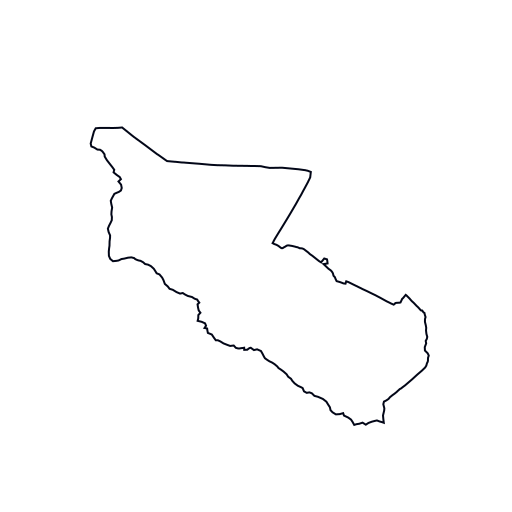 Keiyo North, Rift Valley, Kenya, rotated 119°
{"feature_id": "3690345B12433983427802", "entity_name": "Keiyo North", "entity_type": "district", "adm_level": 2, "iso_a3": "KEN", "parent_name": "Kenya", "parent_adm1": "Rift Valley", "projection": "equal_earth", "projection_center": [35.542, 0.697], "detail": "fine", "context": "isolated", "style": "outline", "palette": "ink", "viewbox_px": 512, "rotation_deg": 119, "n_neighbors": 0, "source": "geoboundaries", "source_scale": "gbopen_adm2", "svg_char_len": 5063}
<svg xmlns="http://www.w3.org/2000/svg" viewBox="0 0 512 512"><g transform="rotate(119 256 256)"><path d="M339.9,63.4L337.0,65.5L333.9,67.6L331.1,68.4L329.0,69.0L327.0,69.9L323.9,72.8L321.3,73.5L319.3,72.1L316.8,70.8L314.6,70.4L311.6,69.2L309.1,68.0L308.3,67.7L306.9,67.1L305.2,66.6L304.2,66.2L302.8,65.8L301.3,64.8L300.2,64.4L296.9,62.9L288.0,59.6L285.0,58.6L281.4,57.4L275.8,55.3L271.5,54.0L269.3,53.9L267.7,54.3L266.9,54.5L265.7,54.5L264.3,54.8L263.0,55.5L261.6,56.2L259.4,56.6L258.6,57.6L257.8,58.8L256.8,62.4L253.9,64.2L249.9,64.8L248.0,66.4L245.7,66.4L243.7,67.0L241.6,69.1L238.7,71.2L236.3,72.3L234.3,73.9L231.7,76.3L229.3,77.6L227.2,78.1L225.7,79.7L224.1,81.1L224.1,82.2L223.6,83.2L223.1,84.2L223.6,85.1L223.4,86.1L223.1,87.0L222.7,88.0L222.4,89.0L222.1,89.9L221.8,91.3L221.5,92.2L221.1,93.5L220.7,94.7L220.3,96.2L220.0,97.6L219.7,98.5L219.3,99.7L218.8,100.9L218.5,102.0L218.2,102.9L218.0,103.8L217.6,105.0L217.4,106.2L221.6,107.0L222.7,107.4L223.5,107.3L226.6,107.1L227.3,107.9L228.1,109.2L228.7,110.2L229.6,111.3L230.7,111.5L231.8,112.0L231.9,113.1L232.0,114.1L232.1,115.3L232.1,116.3L232.2,118.1L232.3,119.6L232.3,121.2L232.3,123.0L232.3,124.1L232.3,125.1L232.3,126.8L232.4,131.0L232.4,132.4L232.6,135.6L232.9,141.7L233.2,145.8L233.3,146.9L233.3,148.2L233.5,151.6L233.5,152.6L233.6,153.8L233.8,157.7L234.0,162.4L234.4,164.8L235.5,164.6L236.8,164.3L237.3,165.5L237.6,166.3L237.8,168.0L238.0,169.3L238.3,170.8L238.9,173.3L238.0,174.6L237.1,175.8L236.3,176.7L236.0,177.7L235.7,178.6L234.0,180.2L233.3,181.2L232.7,182.5L232.3,183.8L232.2,184.8L232.0,186.5L230.3,193.0L229.7,192.2L228.7,190.9L227.8,189.8L226.1,191.0L225.3,191.6L224.5,192.3L224.7,193.2L225.1,195.1L230.0,196.0L229.9,198.3L229.4,201.4L229.2,202.6L229.0,203.7L228.7,205.6L228.5,206.6L228.2,209.8L227.6,212.0L226.8,217.5L226.9,218.9L227.5,220.6L228.0,221.3L228.1,222.6L228.2,223.9L228.6,225.0L228.9,226.4L229.4,228.2L229.8,229.6L230.4,231.2L230.8,232.4L231.3,233.3L232.0,234.1L233.1,234.7L234.0,235.2L234.7,235.7L235.3,236.0L236.0,236.4L236.6,237.0L236.8,237.8L236.7,238.7L236.6,239.6L236.4,240.6L236.3,241.7L236.3,243.5L236.5,244.8L236.7,246.0L236.7,247.7L235.9,247.7L235.1,247.7L234.1,247.8L231.3,247.8L224.2,247.5L220.5,247.3L215.9,247.1L208.6,246.8L202.8,246.6L190.9,246.3L184.5,246.3L180.5,246.2L176.3,246.3L173.2,246.3L165.9,246.4L165.1,246.5L164.3,246.5L161.0,246.7L155.9,248.8L156.4,252.3L156.8,253.5L157.1,254.7L157.5,255.6L159.5,260.8L166.2,276.1L172.3,286.7L173.8,290.9L175.1,295.3L178.4,301.7L179.6,303.8L181.4,307.3L184.9,313.8L188.1,319.7L191.6,326.8L195.4,334.0L198.1,339.6L198.5,340.5L201.4,347.1L202.9,350.5L204.7,354.4L207.8,361.2L208.4,362.5L209.0,363.9L210.3,366.5L212.6,372.0L213.0,372.8L213.4,373.7L216.1,379.8L215.9,381.9L214.9,390.7L214.9,391.7L212.8,406.7L211.1,420.3L210.9,421.5L210.7,422.8L208.5,435.4L210.6,438.5L211.5,440.0L212.0,440.8L213.7,443.7L215.4,446.9L217.4,450.5L219.7,454.7L222.0,458.1L225.6,458.1L228.9,457.3L231.0,456.8L234.2,456.0L237.8,455.1L240.0,453.1L239.6,450.1L239.8,446.3L238.7,444.0L238.8,441.9L239.2,440.6L240.5,437.8L242.4,436.5L244.5,432.8L246.0,429.3L247.9,424.8L249.3,421.8L251.9,421.1L252.6,417.3L253.0,413.5L254.3,411.4L257.5,412.4L259.0,408.6L261.6,406.4L264.2,405.9L266.4,407.0L268.4,408.6L270.3,410.0L272.6,410.0L275.4,410.0L278.1,409.8L280.5,407.9L283.4,405.3L287.0,404.0L289.7,402.7L291.8,400.9L294.6,399.5L297.4,399.3L300.8,399.2L303.9,398.8L306.5,396.5L308.7,393.6L311.0,392.4L314.1,391.2L318.1,389.1L320.5,388.2L323.5,386.9L327.2,384.7L329.2,382.1L329.9,378.6L329.0,377.3L327.9,375.7L326.6,374.1L325.8,373.5L323.9,372.2L322.1,369.9L319.5,367.1L317.6,364.3L316.9,361.5L317.2,360.5L317.2,359.0L317.0,357.5L316.7,356.1L316.2,354.7L316.2,351.6L316.8,349.1L315.9,346.2L315.8,343.0L316.7,339.2L318.1,336.6L319.3,334.5L318.9,331.5L320.4,327.6L322.0,325.2L324.6,322.2L325.4,318.4L326.6,315.7L325.9,312.4L326.1,308.0L325.7,304.2L323.9,302.1L324.1,299.4L324.0,296.3L322.9,292.1L323.1,289.2L323.0,288.3L322.6,286.3L323.3,285.2L324.3,283.0L326.6,283.7L329.2,281.7L331.4,279.7L332.6,277.1L335.6,277.8L338.5,276.3L341.0,275.6L339.9,271.6L339.6,267.9L341.2,265.9L343.9,266.1L343.1,263.6L344.6,262.5L346.6,260.8L346.1,256.6L347.9,253.1L349.2,250.3L348.2,248.5L348.0,245.7L348.2,242.1L347.7,238.3L347.2,235.0L345.1,232.1L346.1,229.1L345.5,226.7L344.8,225.5L343.8,224.3L342.9,223.0L342.0,221.9L343.8,220.8L342.2,218.2L340.3,217.4L339.4,216.8L338.8,216.1L339.3,212.2L337.1,209.8L336.7,205.6L338.2,203.1L340.1,200.3L341.1,198.6L341.4,196.0L341.6,193.1L341.5,192.1L341.4,190.2L341.6,187.3L342.3,183.8L343.1,182.0L343.3,179.0L343.7,175.9L344.6,171.9L346.0,169.3L346.4,165.9L347.6,163.7L348.7,160.4L349.2,156.5L348.9,152.8L348.9,151.2L351.1,148.4L351.1,145.3L349.4,143.2L349.0,140.6L350.0,137.1L349.1,133.5L348.6,128.2L349.3,123.8L350.9,121.0L352.5,118.0L354.7,116.1L355.6,113.3L355.8,109.4L353.7,106.1L351.2,103.6L352.9,101.7L352.6,97.1L353.0,93.6L354.3,91.1L356.1,88.2L354.4,86.6L352.7,84.4L350.1,82.0L350.3,78.2L347.5,76.7L344.7,74.3L342.7,72.2L341.2,70.5L340.8,67.7L340.2,65.2L339.9,63.4Z" fill="none" stroke="#020617" stroke-width="2"/></g></svg>